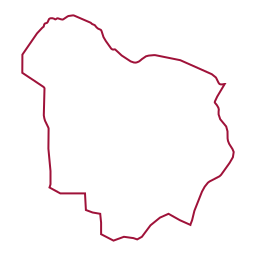 outline of Ouaddaï
{"feature_id": "TCD-1475", "entity_name": "Ouaddaï", "entity_type": "Prefecture", "adm_level": 1, "iso_a3": "TCD", "parent_name": "Chad", "parent_adm1": "", "projection": "equal_earth", "projection_center": [21.069, 13.569], "detail": "fine", "context": "isolated", "style": "outline", "palette": "rose", "viewbox_px": 256, "rotation_deg": 0, "n_neighbors": 0, "source": "natural_earth", "source_scale": "10m", "svg_char_len": 1668}
<svg xmlns="http://www.w3.org/2000/svg" viewBox="0 0 256 256"><path d="M224.7,84.0L217.2,96.6L214.9,101.5L214.8,102.6L217.0,105.3L218.4,107.8L218.8,109.6L218.6,111.6L218.6,114.4L220.2,119.2L226.2,126.5L227.5,131.3L227.6,138.5L228.0,140.9L229.2,143.9L232.5,149.1L233.7,152.0L232.9,157.2L229.6,162.9L221.1,174.8L219.5,176.3L209.5,181.5L207.9,182.7L204.7,186.7L202.0,191.6L194.4,210.8L192.1,220.2L190.6,224.1L190.4,224.9L179.9,220.2L168.5,213.8L160.0,217.6L150.5,225.3L141.9,236.8L137.2,239.4L133.4,238.1L123.9,236.8L113.5,240.6L101.1,234.2L101.1,222.7L100.2,213.8L92.6,212.5L85.9,210.0L85.0,193.4L70.7,193.4L60.3,193.4L49.5,187.5L50.1,185.7L50.5,184.2L50.5,171.1L48.4,148.7L48.6,128.6L48.3,127.5L45.0,120.7L44.3,118.2L43.8,115.3L44.5,88.3L44.1,87.5L43.2,86.7L22.3,72.8L22.4,54.6L37.0,33.4L42.2,27.8L43.7,26.6L44.1,24.8L44.5,24.0L44.8,23.6L47.1,22.8L47.5,22.3L47.8,21.8L48.5,20.2L49.1,19.0L49.7,18.6L50.4,18.3L52.1,18.2L52.7,18.3L53.7,18.6L54.3,18.8L54.7,19.1L55.1,19.3L55.6,19.3L56.0,19.1L56.9,18.5L57.3,18.3L57.8,18.3L61.0,19.3L62.2,19.5L62.7,19.5L63.3,19.3L67.6,16.4L68.1,16.2L68.5,16.0L72.7,15.4L73.6,15.4L74.2,15.6L90.6,22.7L91.0,23.0L91.8,23.8L92.3,24.1L94.2,24.9L94.8,25.2L95.1,25.6L96.5,27.3L97.3,28.0L98.0,28.6L100.7,29.8L101.1,30.2L101.3,30.6L101.6,31.2L103.5,37.1L105.8,41.0L111.2,48.6L111.7,49.0L112.2,49.3L113.1,49.6L114.2,49.4L114.8,49.4L115.2,49.5L121.7,55.5L130.7,61.4L133.9,62.5L135.7,62.6L136.7,62.4L138.5,61.7L139.4,61.2L141.0,59.9L141.8,59.2L146.0,56.3L148.7,55.6L154.2,55.1L155.5,55.2L180.3,60.2L211.8,74.2L215.8,77.4L216.2,78.0L218.5,82.7L219.5,84.0L220.7,84.4L222.2,84.4L224.6,84.0L224.7,84.0Z" fill="none" stroke="#9f1239" stroke-width="2"/></svg>